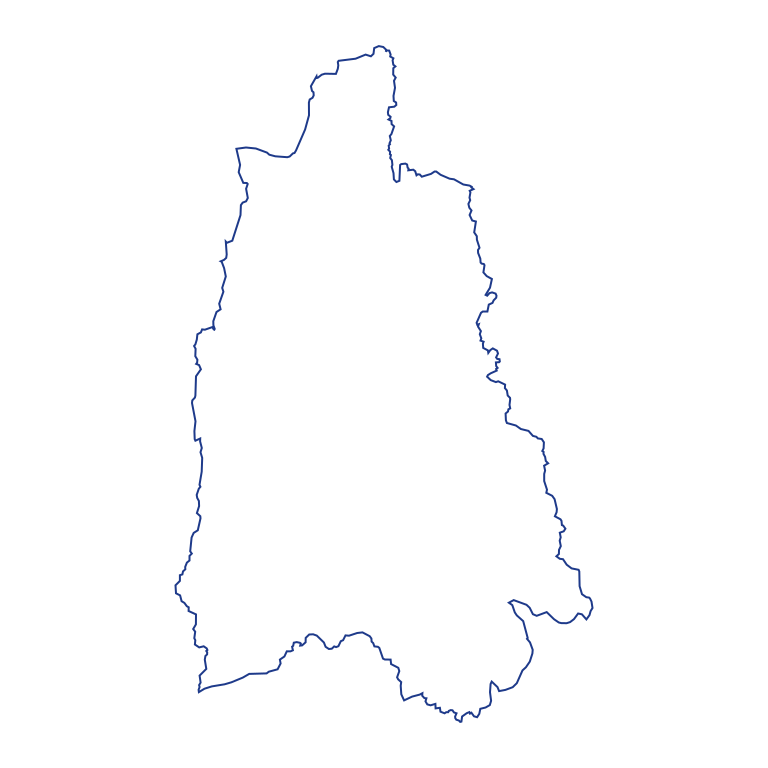 Moramanga, Alaotra-Mangoro, Madagascar
{"feature_id": "10022922B82658288648411", "entity_name": "Moramanga", "entity_type": "district", "adm_level": 2, "iso_a3": "MDG", "parent_name": "Madagascar", "parent_adm1": "Alaotra-Mangoro", "projection": "albers", "projection_center": [48.208, -18.729], "detail": "fine", "context": "isolated", "style": "outline", "palette": "blue", "viewbox_px": 768, "rotation_deg": 0, "n_neighbors": 0, "source": "geoboundaries", "source_scale": "gbopen_adm2", "svg_char_len": 6076}
<svg xmlns="http://www.w3.org/2000/svg" viewBox="0 0 768 768"><path d="M195.9,624.4L193.2,629.0L195.2,631.7L194.3,638.2L195.3,640.2L194.9,644.5L199.2,647.4L203.7,646.3L206.7,648.4L207.4,650.0L206.3,651.0L207.2,652.3L207.1,654.4L205.4,656.0L204.8,659.7L206.3,668.9L199.6,675.6L200.6,682.6L199.1,685.1L199.6,687.0L198.6,689.8L198.9,692.1L204.5,688.7L211.8,686.4L224.6,684.3L231.4,682.3L242.8,677.6L249.2,673.9L266.6,673.4L268.8,671.7L277.6,669.3L280.6,663.5L279.9,659.6L284.4,656.5L286.8,651.3L290.6,651.3L292.9,650.3L292.1,646.7L293.2,645.8L293.8,642.7L296.7,642.1L299.9,642.8L300.8,643.5L300.2,645.6L302.1,645.4L305.6,642.3L305.7,637.9L309.2,634.5L313.1,634.3L316.8,635.6L323.9,642.5L325.6,646.8L328.9,649.0L331.8,648.7L334.2,646.4L336.1,647.1L338.4,646.2L340.8,641.2L343.1,640.2L345.5,635.4L349.0,635.7L357.2,633.0L362.5,632.4L369.7,636.2L371.4,638.5L371.6,641.6L373.2,643.1L374.4,646.4L377.9,646.8L379.3,647.9L383.0,658.6L384.8,659.5L390.6,659.6L391.1,664.1L398.3,667.8L399.3,671.1L397.1,677.3L398.2,679.4L401.2,682.1L400.7,685.7L401.3,694.3L404.1,700.4L412.1,696.6L419.7,694.6L422.4,693.2L422.2,695.7L424.4,698.1L426.4,698.3L425.5,701.4L427.3,704.4L430.6,705.3L435.4,703.9L435.6,708.4L439.9,707.8L440.5,711.7L444.6,713.3L446.2,712.2L448.2,712.2L448.8,710.9L450.7,710.1L452.5,710.3L453.9,712.4L456.5,713.3L455.1,716.6L455.3,718.2L456.3,719.7L458.9,720.5L460.2,721.9L461.4,721.6L462.1,716.5L466.7,713.2L469.4,712.1L470.0,713.6L471.4,712.7L474.0,716.3L477.1,717.2L479.3,713.8L480.3,708.8L485.6,707.5L489.8,705.1L491.1,700.8L490.0,692.2L490.6,684.0L491.7,681.6L497.5,687.1L499.1,691.1L505.4,689.9L512.7,687.2L516.8,683.2L522.5,670.4L525.9,667.3L529.8,661.6L532.4,653.5L532.7,649.8L530.0,642.4L527.0,638.8L527.7,638.0L523.2,621.1L516.8,615.4L514.8,612.4L512.3,605.1L508.9,602.7L513.7,600.1L526.5,604.8L529.7,607.8L532.9,614.2L536.7,615.8L546.7,612.1L554.0,619.2L558.8,622.5L561.3,623.1L566.6,623.2L570.1,622.1L574.0,619.1L578.1,613.5L581.9,614.3L586.4,619.4L589.5,615.1L590.6,611.1L592.5,608.0L591.5,601.6L590.0,598.5L589.1,597.6L586.3,597.2L582.0,594.2L579.6,586.2L579.3,571.5L578.6,569.8L571.6,568.4L566.7,564.7L563.0,559.2L559.8,558.8L556.4,556.3L558.9,554.0L559.0,549.9L560.8,546.1L559.7,540.7L560.7,537.3L559.8,532.7L563.7,531.3L565.4,528.7L563.2,525.6L561.9,525.1L561.5,520.9L560.5,519.3L554.9,516.3L556.6,512.2L556.9,509.0L554.6,499.2L552.2,495.8L546.3,492.8L547.0,489.7L544.2,481.1L544.2,473.9L545.1,470.6L544.1,465.7L548.1,463.3L545.8,461.0L545.1,456.9L543.5,453.9L543.6,451.9L542.3,451.0L543.6,448.4L543.9,442.3L541.7,439.0L537.8,438.4L536.4,436.8L532.9,435.9L528.5,430.9L520.8,429.0L515.9,425.5L506.9,423.0L505.9,420.3L505.6,413.5L508.0,411.5L508.4,409.3L510.2,408.4L509.5,404.9L510.2,399.3L510.0,397.8L507.7,395.5L506.9,390.5L504.9,388.1L505.1,384.6L498.2,381.3L495.9,382.1L490.7,380.1L487.1,376.7L487.9,375.1L490.7,373.3L496.7,370.6L496.1,369.0L497.6,367.9L496.2,366.1L495.9,362.4L499.1,362.2L499.8,361.5L499.5,359.2L497.2,358.9L496.1,357.4L498.0,353.5L497.0,350.7L492.8,348.4L490.3,350.1L488.3,352.9L487.9,350.4L483.2,347.9L482.9,343.7L483.6,341.7L480.5,340.6L481.3,338.3L479.8,334.2L480.9,331.1L478.0,326.6L478.8,324.2L477.3,324.8L476.6,322.8L481.0,312.8L482.8,311.5L487.4,311.5L488.8,304.6L492.5,302.9L493.6,300.4L496.2,297.7L496.5,295.7L495.6,293.6L492.1,292.4L489.5,293.1L487.2,295.7L485.6,294.9L490.0,287.7L491.9,279.0L486.7,276.1L483.4,272.4L484.5,265.2L483.8,264.0L481.6,263.6L480.6,262.5L480.3,258.6L478.1,252.9L478.0,250.0L479.5,247.8L476.9,239.7L476.8,236.2L474.2,232.4L475.9,221.5L472.2,220.5L469.6,215.0L471.5,210.5L469.3,207.7L468.4,203.9L470.2,200.2L469.5,197.7L470.4,192.4L469.7,190.8L473.5,189.1L471.4,187.4L471.7,186.8L469.6,185.6L463.3,184.5L454.0,179.3L449.6,178.7L440.6,174.8L436.2,171.5L434.6,171.5L431.0,173.9L421.8,176.7L419.8,174.5L417.8,174.3L416.5,175.3L415.2,171.2L413.3,169.7L408.3,170.3L408.6,168.6L407.6,167.6L407.1,164.5L405.4,163.6L401.2,164.1L400.1,165.0L399.4,180.8L396.4,182.0L393.9,179.4L393.5,173.1L391.7,166.7L392.4,164.9L391.9,160.2L390.2,158.0L390.9,155.0L389.9,154.2L390.1,151.7L388.3,149.8L389.1,148.6L388.7,145.6L390.0,144.2L389.5,143.3L390.8,140.3L389.8,136.0L391.4,134.1L394.1,126.4L391.6,124.1L391.5,120.9L388.5,119.5L390.3,118.1L390.6,116.8L388.2,114.8L387.9,112.2L389.0,107.3L394.3,106.7L396.3,105.0L396.1,102.5L393.8,101.0L393.5,95.9L395.0,87.8L394.0,80.8L395.7,77.6L393.2,74.6L393.3,68.2L395.4,66.4L393.3,64.7L392.6,60.3L393.4,58.3L390.2,56.5L390.6,54.5L389.2,50.6L386.8,50.4L385.8,51.7L386.2,49.8L383.3,47.0L378.8,46.1L374.2,48.1L373.5,53.8L370.9,56.3L365.6,54.6L355.6,58.7L338.6,60.8L337.8,62.1L338.3,65.3L337.8,68.8L335.9,73.9L325.0,73.7L321.7,74.7L317.7,77.8L316.7,78.0L316.5,76.4L310.9,86.2L312.0,90.9L313.5,92.3L313.7,95.4L312.5,97.8L309.7,99.5L308.9,102.6L309.0,115.3L305.1,129.5L296.0,150.5L294.5,153.0L292.9,153.4L289.7,156.5L287.3,157.2L275.3,156.3L269.3,154.7L267.0,152.6L255.9,148.5L246.0,147.5L236.4,148.8L240.1,164.9L238.7,172.2L243.3,182.9L246.8,183.0L247.7,184.0L246.1,188.8L247.8,198.0L246.1,201.3L242.7,202.6L240.9,205.1L240.5,215.1L232.3,240.7L226.9,242.8L225.8,241.6L226.7,254.5L226.2,257.9L224.0,259.9L220.8,261.3L221.7,261.8L224.1,268.1L225.8,276.5L222.2,287.9L223.4,291.7L219.2,303.7L220.6,309.3L216.5,312.0L213.3,321.2L213.4,325.3L214.7,328.9L214.3,329.7L213.7,329.4L212.3,327.1L204.9,329.7L202.1,329.4L200.9,332.4L197.4,334.3L196.8,339.6L195.4,344.3L194.1,346.0L195.6,348.8L195.3,356.2L197.4,359.7L197.1,362.7L196.2,363.9L199.1,365.1L200.9,369.3L196.0,376.3L195.4,395.6L194.9,397.6L192.3,400.4L192.0,403.0L195.5,421.3L194.4,431.1L194.7,439.1L195.4,440.7L200.2,438.5L200.1,441.4L201.8,448.0L200.5,452.2L202.2,457.9L201.7,471.7L199.5,484.8L200.4,486.8L198.8,488.7L196.7,494.9L197.2,497.9L198.9,501.0L199.1,506.1L196.9,513.1L200.3,516.2L200.5,518.3L197.8,530.3L193.7,532.9L191.6,537.5L190.2,551.3L191.8,553.6L189.5,555.9L189.5,560.5L186.9,562.6L185.2,566.9L185.3,569.3L183.0,571.4L182.4,574.4L179.9,575.2L179.9,580.9L175.5,585.3L176.0,593.3L180.1,595.4L181.6,601.2L184.4,602.9L186.8,606.2L188.7,607.3L188.6,611.0L196.0,614.4L195.9,624.4Z" fill="none" stroke="#1e3a8a" stroke-width="2"/></svg>